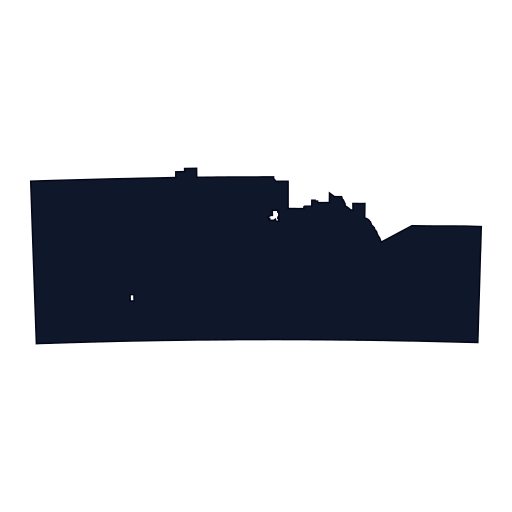 MacDonnell, Northern Territory, Australia (Albers equal-area conic projection)
{"feature_id": "25037944B32264354424251", "entity_name": "MacDonnell", "entity_type": "district", "adm_level": 2, "iso_a3": "AUS", "parent_name": "Australia", "parent_adm1": "Northern Territory", "projection": "albers", "projection_center": [133.822, -24.426], "detail": "fine", "context": "isolated", "style": "filled", "palette": "ink", "viewbox_px": 512, "rotation_deg": 0, "n_neighbors": 0, "source": "geoboundaries", "source_scale": "gbopen_adm2", "svg_char_len": 5374}
<svg xmlns="http://www.w3.org/2000/svg" viewBox="0 0 512 512"><path d="M481.3,226.6L465.5,226.1L449.5,226.0L433.5,226.0L423.7,225.9L412.0,225.7L397.9,233.2L383.7,240.8L381.2,242.2L381.0,241.8L381.0,241.7L380.9,241.5L380.8,241.1L380.7,240.9L380.6,240.7L380.3,239.9L380.1,239.5L380.0,239.1L379.7,238.3L379.6,237.9L379.4,237.6L379.0,237.0L378.8,236.7L378.6,236.4L378.3,236.2L378.2,236.0L378.1,235.9L378.0,235.6L377.9,235.4L377.8,235.2L377.7,234.8L377.6,234.7L377.3,234.1L377.2,233.9L377.1,233.7L377.0,233.4L376.9,233.1L376.9,232.9L376.9,232.4L376.8,232.1L376.5,231.8L376.3,231.7L376.2,231.5L376.0,231.0L375.9,230.7L375.3,230.2L375.1,230.0L374.9,229.8L374.6,229.3L374.5,229.1L374.5,228.8L374.4,228.2L374.4,227.9L374.3,227.7L374.1,227.5L373.9,227.4L373.6,227.2L373.4,227.0L373.1,226.6L373.0,226.3L372.8,226.2L372.4,225.9L372.2,225.8L372.0,225.6L371.7,225.3L371.5,225.1L371.5,224.9L371.4,224.6L371.4,224.4L371.2,223.9L371.1,223.7L370.8,223.2L370.7,223.0L370.7,222.8L370.7,222.6L370.6,222.2L370.4,221.9L370.0,221.5L369.8,221.4L369.6,221.2L369.4,220.9L369.2,220.6L368.9,220.1L368.7,219.9L368.4,219.7L368.0,219.4L367.7,219.3L367.5,219.1L366.9,218.8L366.6,218.6L366.3,218.5L365.9,218.3L365.7,218.3L365.5,218.2L365.2,218.1L364.9,218.0L364.7,218.0L364.7,217.9L364.9,203.5L359.3,203.6L358.5,203.5L352.9,203.5L353.0,210.1L351.0,210.0L350.7,210.0L349.8,209.2L348.9,208.4L348.6,208.1L348.3,207.9L348.0,207.7L347.6,207.4L347.3,207.2L346.4,206.5L346.2,206.4L345.1,206.4L345.1,203.9L345.0,203.6L344.8,203.2L344.6,202.9L344.4,202.5L344.1,201.8L343.9,201.4L343.7,200.9L343.5,200.5L343.3,200.2L343.2,199.9L342.2,199.0L342.1,198.7L342.0,198.1L341.9,197.8L341.8,197.2L341.7,197.1L341.6,196.7L338.3,196.7L334.4,196.6L329.5,193.0L329.4,202.4L329.4,202.5L325.8,202.6L320.1,202.6L319.6,202.6L318.2,202.6L317.6,202.6L317.6,201.7L317.6,201.1L315.1,201.1L315.1,200.2L311.8,200.2L311.8,204.5L311.7,206.2L304.8,206.2L303.9,206.8L303.9,207.1L303.9,207.8L303.9,208.6L299.5,208.6L297.8,208.6L288.1,208.5L288.1,193.2L288.1,190.2L288.1,189.4L288.1,181.3L275.9,181.3L273.6,178.5L273.6,176.9L270.5,176.9L270.4,176.9L268.4,176.9L262.2,176.9L257.5,177.0L248.5,177.0L233.4,177.0L230.4,177.0L222.6,177.1L217.2,177.1L216.2,177.1L212.7,177.2L196.7,177.3L196.6,168.3L184.6,168.5L184.7,171.6L176.4,171.8L175.8,171.8L175.8,177.5L159.8,177.9L155.0,178.0L138.9,178.3L131.5,178.5L115.5,178.8L111.3,178.9L96.6,179.3L81.8,179.7L52.5,180.5L30.7,181.2L31.5,204.1L32.2,224.9L32.8,242.1L36.4,343.7L37.2,343.6L42.7,343.4L46.7,343.3L51.4,343.2L52.2,343.1L53.0,343.1L55.4,343.0L56.9,343.0L57.2,343.0L62.2,342.8L63.1,342.8L65.3,342.7L65.8,342.7L66.6,342.7L67.1,342.7L68.3,342.6L71.9,342.5L72.6,342.5L73.1,342.5L76.7,342.4L77.0,342.4L77.4,342.4L77.8,342.3L80.2,342.3L93.3,341.9L93.8,341.9L94.3,341.9L95.3,341.9L95.9,341.9L96.5,341.8L97.0,341.8L97.5,341.8L100.4,341.7L100.5,341.7L100.8,341.7L102.6,341.7L102.9,341.7L103.2,341.7L103.3,341.7L105.4,341.6L105.7,341.6L105.8,341.6L110.0,341.5L121.0,341.2L121.8,341.2L135.2,340.9L136.0,340.9L136.8,340.9L164.9,340.4L165.2,340.4L166.0,340.4L166.8,340.4L167.6,340.4L180.2,340.2L181.0,340.2L184.9,340.1L185.7,340.1L199.9,339.9L201.5,339.9L201.8,339.9L202.5,339.9L203.0,339.9L203.8,339.9L208.1,339.9L232.2,339.7L233.0,339.7L236.2,339.6L237.0,339.6L247.2,339.6L248.0,339.6L257.1,339.6L257.5,339.6L259.8,339.6L260.2,339.6L262.7,339.6L263.2,339.6L263.3,339.6L264.4,339.6L265.6,339.6L268.0,339.5L268.6,339.5L269.7,339.5L271.6,339.5L272.9,339.5L274.7,339.5L276.1,339.5L276.4,339.5L286.5,339.6L288.9,339.6L289.7,339.6L290.1,339.6L291.3,339.6L291.9,339.6L292.5,339.6L293.4,339.6L300.3,339.6L301.4,339.6L301.9,339.6L302.5,339.6L303.6,339.6L304.5,339.6L305.0,339.6L306.1,339.6L307.2,339.6L308.9,339.6L311.3,339.7L313.4,339.7L315.0,339.7L315.7,339.7L316.2,339.7L318.2,339.7L319.4,339.7L319.9,339.7L320.5,339.7L322.2,339.7L322.9,339.7L326.9,339.8L327.7,339.8L328.4,339.8L330.0,339.8L331.1,339.8L332.3,339.8L338.9,339.9L353.5,340.0L353.9,340.0L355.4,340.0L356.0,340.1L356.4,340.1L356.5,340.1L359.0,340.1L359.6,340.1L360.1,340.1L361.5,340.1L361.8,340.1L367.8,340.2L369.6,340.2L370.2,340.2L379.8,340.4L383.8,340.4L387.8,340.5L392.0,340.6L404.0,340.8L404.3,340.8L408.3,340.9L412.4,340.9L424.7,341.2L428.8,341.3L432.8,341.4L436.9,341.5L441.0,341.6L449.2,341.8L453.7,341.9L457.4,342.0L461.5,342.1L465.5,342.2L473.7,342.4L477.8,342.5L477.9,337.8L478.0,336.2L478.5,318.0L478.7,310.8L479.2,295.8L479.7,279.1L480.4,254.6L480.7,247.4L480.8,243.5L481.1,232.3L481.1,231.6L481.3,226.6ZM272.4,213.9L272.4,213.5L272.3,212.2L272.3,211.9L272.3,211.0L272.3,210.3L273.9,210.3L275.1,210.3L275.5,210.3L276.0,210.3L277.1,210.3L277.8,210.3L277.8,212.2L278.8,212.2L278.8,213.3L278.8,215.4L278.8,216.0L278.8,216.4L278.8,216.6L278.8,217.1L277.9,217.1L277.9,217.5L277.8,218.2L277.8,218.5L278.6,218.5L278.8,218.5L278.8,219.1L278.8,220.8L278.8,221.3L277.6,221.3L276.8,221.3L276.1,221.3L275.9,221.3L275.7,220.3L275.6,219.9L275.4,219.1L275.2,219.2L274.1,220.2L274.1,220.3L273.0,220.3L271.9,220.3L271.1,220.3L269.6,220.3L269.7,219.9L269.7,219.2L269.7,218.6L268.9,218.8L268.9,218.4L268.9,218.1L268.1,218.2L268.1,216.7L269.0,216.3L269.1,216.2L269.4,216.1L270.9,215.4L271.2,215.4L272.4,215.4L272.4,214.6L272.4,213.9L272.4,213.9ZM130.2,301.0L130.2,299.4L130.1,297.8L130.1,296.2L130.1,294.6L131.7,294.6L133.3,294.6L134.0,294.6L134.0,298.5L134.1,299.4L134.1,300.9L132.2,301.0L130.2,301.0Z" fill="#0f172a" stroke="#020617" stroke-width="1.5"/></svg>